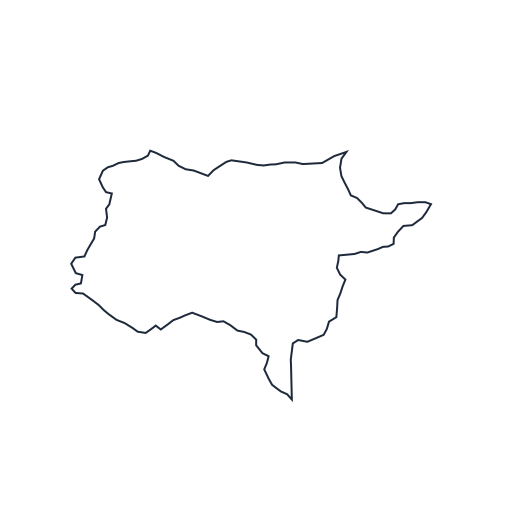 Esperança, Paraíba, Brazil, rotated 334°
{"feature_id": "56859067B22876430422042", "entity_name": "Esperança", "entity_type": "district", "adm_level": 2, "iso_a3": "BRA", "parent_name": "Brazil", "parent_adm1": "Paraíba", "projection": "robinson", "projection_center": [-35.884, -7.007], "detail": "fine", "context": "isolated", "style": "outline", "palette": "slate", "viewbox_px": 512, "rotation_deg": 334, "n_neighbors": 0, "source": "geoboundaries", "source_scale": "gbopen_adm2", "svg_char_len": 1929}
<svg xmlns="http://www.w3.org/2000/svg" viewBox="0 0 512 512"><g transform="rotate(334 256 256)"><path d="M428.5,291.1L436.0,286.1L431.8,281.9L425.1,278.6L418.5,276.4L412.2,273.4L406.4,271.8L401.5,275.2L396.0,276.8L389.1,273.4L382.3,266.8L375.9,260.6L374.5,254.7L372.2,248.1L367.8,243.1L368.0,236.9L367.8,229.2L367.8,221.6L370.2,213.5L375.5,206.0L382.9,202.1L370.2,200.5L356.2,201.4L338.4,193.9L332.4,189.2L322.8,184.5L314.0,182.3L309.3,180.2L302.6,178.0L296.9,174.6L288.4,167.7L275.8,159.2L270.6,158.4L263.1,159.3L255.5,160.3L248.0,163.0L242.8,157.5L237.4,151.8L230.8,147.2L226.0,141.0L223.6,134.3L216.7,126.6L211.3,119.4L207.1,115.0L202.9,118.4L196.1,118.8L189.9,117.8L185.2,116.0L178.5,113.6L173.3,112.2L166.8,112.2L161.9,111.3L155.8,112.2L148.6,118.2L148.4,127.2L149.2,132.9L153.8,136.6L146.8,145.3L141.9,147.8L139.0,156.2L134.1,162.1L128.6,161.2L122.1,163.6L118.2,169.3L112.1,173.3L107.0,176.7L101.6,181.2L92.9,178.3L86.5,182.0L86.5,192.4L91.6,197.0L86.6,203.9L81.1,202.6L76.0,204.5L77.6,210.1L84.1,213.9L89.9,224.7L93.2,231.3L95.3,237.5L97.9,243.4L102.6,252.2L108.6,258.8L113.5,266.6L116.5,272.2L123.1,276.8L129.4,275.8L135.4,274.6L138.2,280.3L147.2,278.7L153.5,277.4L160.5,278.1L166.5,278.3L173.8,279.0L181.1,286.8L186.8,293.3L192.2,298.3L198.1,300.4L202.5,306.8L206.6,314.9L212.1,319.1L217.1,324.5L219.5,331.3L217.0,336.3L219.2,346.2L223.4,351.6L218.9,356.9L213.7,361.5L213.6,372.1L214.0,378.8L216.4,383.7L219.0,388.7L223.4,393.9L225.3,400.7L239.5,369.7L241.8,364.4L250.8,350.7L257.1,350.0L264.5,355.6L275.2,356.2L282.3,356.5L287.8,352.5L292.8,347.0L301.4,346.2L306.0,338.5L310.0,331.3L315.3,326.7L320.5,321.3L326.0,316.4L323.5,309.6L323.5,302.0L327.7,296.7L330.7,291.8L338.9,294.9L345.5,297.4L352.1,298.3L357.6,301.7L362.8,302.4L368.5,303.2L374.0,303.4L379.0,305.4L385.0,305.4L388.0,299.8L394.3,296.4L401.7,293.6L409.9,296.8L416.9,295.5L422.0,294.6L428.5,291.1Z" fill="none" stroke="#1e293b" stroke-width="2"/></g></svg>